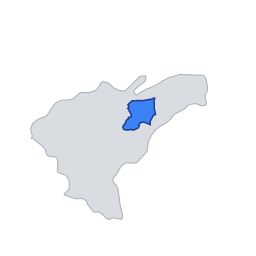 Dominican Republic, with Monte Plata highlighted, rotated 320°
{"feature_id": "DOM-1981", "entity_name": "Monte Plata", "entity_type": "Province", "adm_level": 1, "iso_a3": "DOM", "parent_name": "Dominican Republic", "parent_adm1": "", "projection": "robinson", "projection_center": [-69.861, 18.831], "detail": "fine", "context": "in_parent", "style": "filled", "palette": "blue", "viewbox_px": 256, "rotation_deg": 320, "n_neighbors": 0, "source": "natural_earth", "source_scale": "10m", "svg_char_len": 2268}
<svg xmlns="http://www.w3.org/2000/svg" viewBox="0 0 256 256"><g transform="rotate(320 128 128)"><path d="M47.7,170.5L47.9,160.9L49.3,157.1L48.1,153.0L42.5,148.7L39.1,143.1L36.1,138.2L36.8,137.5L42.8,137.3L45.0,135.5L49.1,130.4L49.9,126.4L49.6,123.3L46.9,119.6L45.9,115.8L49.2,112.4L53.4,107.5L54.0,105.6L53.9,103.7L49.0,98.5L48.6,96.3L51.0,90.6L50.8,86.9L48.5,75.3L47.4,73.6L49.6,72.6L51.1,69.1L53.0,66.0L55.6,64.4L58.5,63.3L64.3,63.4L72.4,66.1L74.6,66.1L82.3,63.6L88.7,62.3L94.8,63.8L97.2,65.9L102.2,69.2L104.7,70.2L112.5,70.2L114.7,70.5L121.3,76.0L126.8,78.2L130.0,78.3L135.8,76.2L138.7,76.2L142.0,81.0L142.6,87.7L145.4,93.8L149.6,97.7L170.4,96.1L175.0,99.3L173.4,102.0L170.5,103.4L160.6,102.8L156.3,103.1L155.4,105.7L155.4,108.2L161.2,108.8L166.9,110.0L172.6,112.0L178.5,113.4L185.1,114.2L191.6,115.7L202.5,120.5L214.5,131.5L217.7,134.0L219.9,137.4L218.9,141.7L214.6,148.6L212.2,150.8L208.6,152.2L206.2,155.0L203.9,159.9L202.4,160.3L200.7,160.1L197.9,157.4L195.8,153.1L190.0,149.2L183.1,149.7L172.9,147.3L166.8,148.5L160.6,148.7L154.4,147.5L148.0,147.1L141.7,148.6L135.6,151.2L133.3,152.8L129.4,156.7L127.3,158.2L112.4,160.2L108.1,157.3L104.2,153.3L98.4,152.8L90.1,155.8L84.9,156.9L82.8,158.3L82.2,159.8L82.1,165.3L81.0,168.7L72.8,181.4L68.2,190.4L66.4,193.1L64.2,193.7L60.2,188.6L57.7,186.7L54.5,185.8L53.2,183.0L53.2,179.1L52.4,175.4L50.5,172.4L47.7,170.5Z" fill="#d9dde1" stroke="#a8b0b8" stroke-width="1"/><path d="M123.9,126.4L124.3,124.6L125.3,123.4L127.9,122.8L130.0,122.2L131.0,121.3L132.3,120.9L133.4,121.2L134.2,121.3L134.9,120.3L135.9,120.5L137.5,121.4L138.9,120.2L139.8,116.4L140.5,112.7L141.9,112.8L142.6,111.7L142.7,110.8L142.8,110.2L145.5,109.8L148.8,109.9L150.2,111.1L151.6,112.3L153.2,113.3L154.7,114.5L157.0,116.7L159.9,118.3L162.4,119.7L164.8,121.2L166.7,121.4L167.6,122.4L166.6,123.2L165.6,123.9L164.6,125.1L163.7,126.4L160.7,129.8L157.8,135.3L156.0,134.6L154.3,135.0L153.4,135.6L152.3,135.9L149.4,137.1L147.1,139.7L146.7,138.1L145.6,137.0L145.3,135.8L144.6,134.8L143.5,133.4L142.1,132.2L141.0,132.2L139.8,132.1L139.2,132.2L138.6,132.4L138.3,132.9L138.2,133.4L136.1,134.5L133.7,134.0L132.1,133.5L130.5,132.9L129.5,131.0L128.1,130.5L126.9,129.5L125.6,128.7L124.8,127.6L123.9,126.4Z" fill="#3b82f6" stroke="#1e3a8a" stroke-width="1.5"/></g></svg>